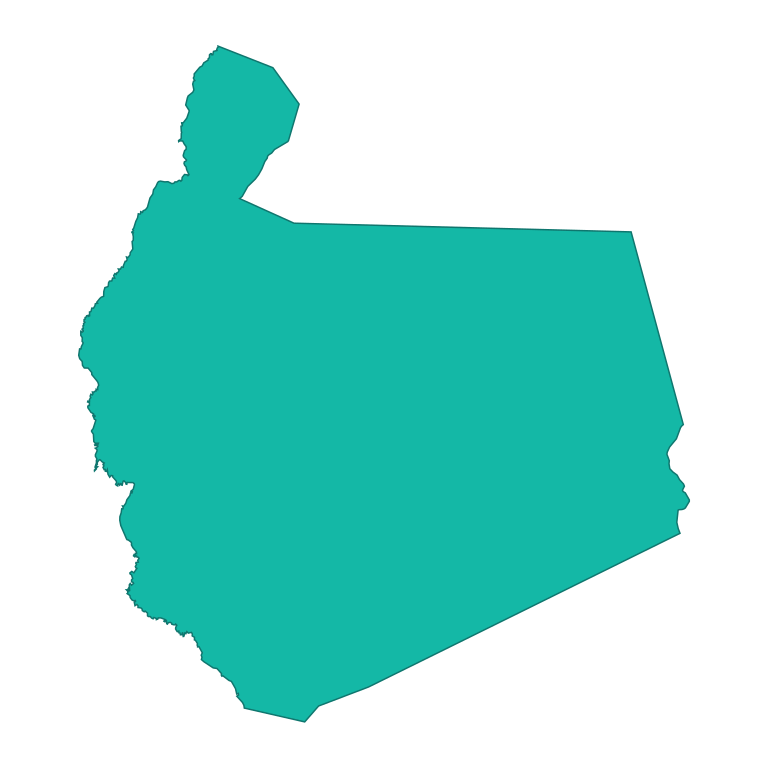 the district of Moroni-Bambao, Andjazîdja, Comoros
{"feature_id": "10938185B83767222062315", "entity_name": "Moroni-Bambao", "entity_type": "district", "adm_level": 2, "iso_a3": "COM", "parent_name": "Comoros", "parent_adm1": "Andjazîdja", "projection": "natural_earth1", "projection_center": [43.253, -11.742], "detail": "fine", "context": "isolated", "style": "filled", "palette": "teal", "viewbox_px": 768, "rotation_deg": 0, "n_neighbors": 0, "source": "geoboundaries", "source_scale": "gbopen_adm2", "svg_char_len": 5974}
<svg xmlns="http://www.w3.org/2000/svg" viewBox="0 0 768 768"><path d="M680.0,533.3L678.2,528.5L676.8,522.3L678.1,510.2L678.9,509.7L682.0,509.5L684.0,508.9L685.4,507.9L689.3,501.4L689.3,499.9L685.3,492.9L683.0,491.5L682.5,490.1L684.4,486.2L683.5,484.0L679.5,479.6L677.1,475.1L672.9,472.0L669.8,468.7L669.0,463.7L669.3,460.7L666.9,454.2L667.3,452.0L669.6,447.0L676.4,438.8L680.5,427.7L681.6,426.1L683.3,424.6L631.1,231.9L294.0,223.2L239.6,198.6L242.2,196.4L247.8,186.4L255.3,179.1L258.6,174.7L261.9,168.8L264.8,161.6L267.2,158.2L267.6,156.2L268.5,155.1L271.7,153.0L274.5,149.5L287.8,141.6L288.5,140.5L299.1,104.1L272.9,67.7L218.0,46.1L218.1,47.3L217.4,47.8L216.7,49.6L217.0,50.5L213.5,51.4L212.8,54.8L211.7,54.8L211.4,53.7L210.7,53.6L209.5,54.8L209.4,57.7L208.2,58.7L208.1,60.1L203.8,62.8L202.1,66.0L199.8,67.2L194.2,73.9L194.2,76.5L193.5,77.6L193.5,78.5L194.8,80.6L193.5,81.2L192.7,84.1L193.9,89.9L192.8,92.2L188.2,95.9L187.4,97.8L185.7,105.0L189.2,110.6L189.0,111.8L186.8,118.1L183.2,122.8L181.7,122.8L181.8,124.0L182.4,124.3L182.3,125.7L181.0,126.2L181.3,131.4L181.7,132.3L181.3,133.5L181.2,138.7L178.6,140.5L178.7,141.6L179.8,140.9L182.7,141.0L184.2,144.0L186.2,146.7L186.1,149.4L184.6,150.6L183.2,155.3L183.5,156.8L186.5,160.0L185.9,161.1L184.4,161.8L184.0,163.4L184.6,165.1L186.1,166.9L186.7,169.7L189.0,174.6L188.4,175.5L187.7,175.6L187.3,174.8L184.5,174.5L182.2,177.4L181.8,180.4L180.8,181.2L179.9,180.3L178.7,180.5L176.8,181.9L174.9,181.9L173.8,183.3L171.8,183.6L168.0,181.7L164.8,181.9L160.4,181.1L158.5,181.6L157.5,182.9L155.8,186.7L153.5,189.8L152.8,194.0L150.0,198.0L147.4,207.3L145.5,209.7L143.1,210.8L142.5,212.4L140.7,211.7L140.6,213.7L140.0,214.1L138.3,213.8L137.6,217.7L135.8,221.4L133.7,228.2L132.7,229.5L133.5,230.7L131.8,232.1L132.0,232.7L133.3,232.9L132.8,234.0L133.3,236.7L133.2,240.4L132.1,241.5L132.8,249.0L130.2,252.8L130.1,254.8L128.1,257.5L126.5,257.0L127.1,259.2L126.9,260.2L126.1,261.3L125.2,261.3L123.4,265.7L123.3,267.3L121.5,267.0L120.5,269.1L118.3,269.0L119.1,270.6L118.8,271.2L117.7,272.7L116.6,273.0L116.3,274.4L114.9,273.6L113.7,275.5L114.7,278.1L112.6,278.1L111.8,280.9L109.5,281.1L108.6,282.6L108.2,286.2L107.7,286.7L104.9,287.6L103.8,291.4L103.6,296.4L101.4,297.1L99.9,298.4L96.8,302.2L97.6,303.2L95.3,303.8L95.0,305.6L93.5,308.2L91.8,308.1L91.1,311.1L90.6,311.7L89.5,312.0L89.6,315.8L88.5,316.3L88.4,315.3L86.6,315.8L86.4,316.8L85.1,317.5L85.1,319.1L84.1,319.5L84.0,321.5L84.9,322.2L83.5,323.7L83.8,325.1L83.0,325.7L83.2,328.5L82.1,329.0L82.1,329.9L83.2,330.4L83.2,331.4L82.1,332.2L80.8,331.4L80.8,335.4L82.3,337.7L82.1,341.4L83.0,342.5L83.0,343.4L81.4,346.5L80.9,348.9L79.6,348.9L78.7,355.3L79.7,358.7L82.2,361.5L82.5,365.4L84.3,368.0L88.1,368.1L91.7,372.5L91.8,374.6L96.8,380.7L98.0,382.5L98.7,385.2L97.6,387.4L97.7,389.6L96.1,389.2L96.1,390.9L95.4,390.9L94.2,392.0L92.4,392.0L93.0,393.8L92.3,394.9L90.9,394.2L90.2,395.9L90.3,397.0L90.8,397.7L89.5,399.4L89.5,401.2L87.8,401.1L87.6,402.0L89.4,402.5L89.4,405.5L88.3,405.6L87.8,406.3L87.9,407.8L91.0,412.4L93.5,413.8L92.8,415.6L93.2,416.4L94.6,415.4L95.1,416.2L93.7,417.5L94.4,419.3L95.6,419.7L95.8,420.3L93.1,428.7L91.6,430.6L91.6,431.5L93.4,434.2L93.8,441.5L95.2,443.3L98.4,443.2L98.0,444.3L94.7,444.9L94.9,445.5L97.7,445.6L97.9,446.4L96.4,447.8L95.3,448.2L97.0,449.6L97.0,451.1L95.4,454.7L95.4,456.3L96.8,458.7L96.8,459.7L96.4,460.2L96.4,463.0L95.0,467.1L95.6,468.5L95.5,469.2L94.4,470.1L94.5,470.9L96.4,468.9L96.4,467.7L97.6,466.8L96.4,466.5L96.4,465.6L97.4,464.2L97.1,463.1L97.8,461.6L99.4,459.7L100.3,459.9L102.2,461.9L104.2,463.0L103.0,464.3L103.1,464.8L103.8,465.0L103.8,466.1L103.0,467.4L104.2,469.7L105.1,469.4L105.4,469.7L105.3,471.2L106.7,471.5L107.3,469.9L108.0,474.3L109.7,477.2L111.1,475.5L112.6,475.7L112.6,476.8L116.2,480.9L116.6,482.9L115.6,484.2L116.3,485.2L117.7,485.9L117.8,484.4L118.7,483.6L119.5,485.1L120.7,483.6L121.5,484.0L121.4,485.0L122.2,485.2L123.1,481.2L123.9,480.8L125.6,482.5L126.1,484.2L126.8,484.3L127.1,482.5L132.9,482.6L134.3,483.7L134.4,484.8L133.2,489.3L130.9,491.2L130.9,491.6L132.3,491.7L132.0,492.9L130.5,493.1L129.9,495.6L126.9,499.7L125.8,503.2L123.7,506.2L122.5,506.0L123.2,507.7L123.0,508.8L121.7,508.8L121.2,512.7L119.9,516.7L119.8,520.3L120.8,525.6L126.6,539.1L127.2,539.8L128.2,539.9L131.2,542.2L131.6,543.6L131.4,544.9L132.9,547.7L136.4,551.8L136.6,553.6L135.4,553.4L135.1,554.8L134.1,554.5L133.5,555.8L134.9,556.9L135.9,555.6L136.8,556.3L137.0,557.1L137.9,557.1L139.1,558.2L137.7,560.4L138.3,562.2L136.0,562.5L135.8,563.3L136.5,564.6L135.3,566.5L135.8,567.7L136.9,568.3L133.9,572.8L131.8,571.4L129.9,572.9L130.0,573.8L131.5,574.9L132.7,578.6L131.5,580.0L131.6,581.8L133.1,582.4L133.6,583.4L131.5,585.2L130.2,583.5L129.3,584.8L129.6,590.6L128.8,591.0L128.5,590.5L128.4,588.4L127.6,589.8L126.4,589.8L127.7,591.2L127.8,592.8L127.1,593.6L129.9,595.5L130.2,597.6L132.0,600.0L133.7,600.8L135.3,600.5L135.6,601.2L134.3,602.4L135.0,605.7L136.9,604.5L138.0,605.6L138.0,607.5L140.9,607.9L142.2,609.2L142.3,610.6L144.2,611.8L145.1,611.1L147.5,613.1L147.5,615.8L148.3,616.5L150.4,616.6L151.5,618.0L153.1,618.8L153.9,617.5L156.4,618.5L156.4,619.6L157.8,619.1L158.2,617.9L160.9,617.9L165.0,619.5L163.9,621.2L164.9,621.8L166.0,620.2L166.4,620.5L166.7,623.7L167.4,624.1L168.3,622.7L170.2,622.3L171.7,623.3L171.8,624.2L173.7,624.8L175.3,624.8L175.7,624.1L176.8,625.2L175.7,627.5L175.6,629.0L176.7,630.9L177.3,631.7L178.8,631.1L178.9,632.8L180.0,633.0L180.4,634.8L181.8,634.7L182.6,632.3L183.2,636.5L183.8,636.4L184.9,632.9L185.9,633.6L186.8,631.6L188.3,633.1L191.4,632.4L192.3,633.8L192.2,635.9L194.5,637.3L194.4,639.9L195.4,640.3L197.4,643.4L197.2,645.1L197.5,645.2L197.6,646.9L199.0,646.7L202.3,652.8L201.2,655.2L202.0,657.2L201.4,659.6L204.1,661.9L213.2,667.9L217.0,668.5L221.5,673.6L221.3,675.1L221.9,676.2L222.9,675.8L228.9,680.4L231.4,681.4L235.5,688.6L236.7,694.0L238.3,693.4L238.5,695.1L236.8,696.2L242.5,702.5L243.9,705.3L244.3,708.1L304.7,721.9L318.6,706.0L368.5,687.0L680.0,533.3Z" fill="#14b8a6" stroke="#0f766e" stroke-width="1.5"/></svg>